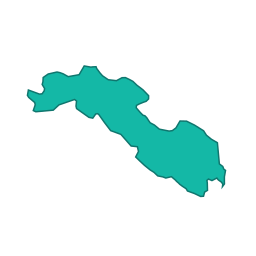 Moungo, Littoral, Cameroon (Albers equal-area conic projection), rotated 280°
{"feature_id": "32672807B47378783864223", "entity_name": "Moungo", "entity_type": "district", "adm_level": 2, "iso_a3": "CMR", "parent_name": "Cameroon", "parent_adm1": "Littoral", "projection": "albers", "projection_center": [9.759, 4.725], "detail": "fine", "context": "isolated", "style": "filled", "palette": "teal", "viewbox_px": 256, "rotation_deg": 280, "n_neighbors": 0, "source": "geoboundaries", "source_scale": "gbopen_adm2", "svg_char_len": 1569}
<svg xmlns="http://www.w3.org/2000/svg" viewBox="0 0 256 256"><g transform="rotate(280 128 128)"><path d="M86.7,231.2L89.7,232.7L92.1,232.2L96.7,231.4L103.2,231.4L104.1,229.5L106.6,228.0L108.5,224.2L129.0,218.6L131.4,212.1L134.5,206.5L138.4,202.9L142.4,193.0L144.9,184.5L143.9,178.0L136.4,175.2L133.1,172.1L132.1,169.0L132.3,159.1L135.5,153.5L137.0,148.9L139.2,146.7L141.4,144.7L143.0,142.5L143.2,140.5L145.4,137.4L149.3,132.6L151.7,132.4L153.7,135.0L156.1,138.8L157.4,141.2L160.2,143.2L163.4,142.7L168.2,136.1L171.7,129.3L174.8,124.7L176.1,120.7L176.9,117.8L177.2,116.7L176.5,113.4L172.6,108.4L172.1,100.2L175.0,93.8L177.4,90.8L180.7,87.3L181.2,86.8L182.8,85.9L182.0,82.4L181.5,80.8L181.5,74.1L172.0,70.6L168.2,60.2L170.1,54.7L170.7,51.3L170.8,48.4L170.5,47.6L167.3,40.0L163.0,35.7L158.7,36.2L156.0,35.9L152.4,39.0L150.1,39.0L146.8,37.5L146.0,35.0L146.6,31.7L148.1,23.3L142.7,23.3L140.9,24.9L136.9,31.7L134.7,32.6L128.7,31.7L128.0,34.4L129.6,40.3L132.6,51.3L138.8,56.0L146.8,70.4L145.7,72.6L140.5,73.0L138.2,74.0L131.7,87.7L131.6,91.6L136.2,93.8L136.8,95.5L136.3,96.8L129.3,103.9L122.4,111.4L120.5,122.1L110.8,134.2L111.2,140.5L106.7,142.4L100.8,140.6L97.4,145.6L94.1,150.7L91.1,156.1L90.5,157.2L88.9,161.2L86.0,165.6L85.9,170.9L85.3,173.9L87.6,179.2L84.8,184.0L84.0,184.9L82.6,187.3L81.5,188.8L81.0,189.9L80.1,191.6L78.3,195.8L76.3,197.5L75.0,204.9L73.2,211.4L73.9,214.2L78.2,214.6L80.4,217.1L87.8,215.6L90.1,214.8L91.7,216.1L90.8,219.8L92.7,222.3L94.1,224.2L92.6,225.9L90.8,229.6L89.1,231.1L86.7,231.2Z" fill="#14b8a6" stroke="#0f766e" stroke-width="1.5"/></g></svg>